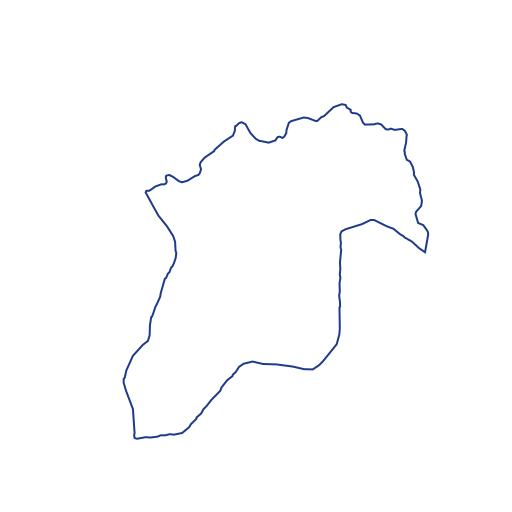 outline of La Unión, Zacapa, Guatemala, rotated 334°
{"feature_id": "79465075B65794247030645", "entity_name": "La Unión", "entity_type": "district", "adm_level": 2, "iso_a3": "GTM", "parent_name": "Guatemala", "parent_adm1": "Zacapa", "projection": "equal_earth", "projection_center": [-89.266, 14.957], "detail": "fine", "context": "isolated", "style": "outline", "palette": "blue", "viewbox_px": 512, "rotation_deg": 334, "n_neighbors": 0, "source": "geoboundaries", "source_scale": "gbopen_adm2", "svg_char_len": 2646}
<svg xmlns="http://www.w3.org/2000/svg" viewBox="0 0 512 512"><g transform="rotate(334 256 256)"><path d="M409.6,326.7L419.3,313.4L419.9,312.6L420.9,310.4L421.0,308.2L419.9,301.6L416.2,297.4L417.8,288.1L419.3,286.4L426.3,283.5L429.4,279.1L431.0,271.3L432.8,268.3L434.0,259.9L433.5,252.3L434.8,249.7L436.0,244.4L435.8,238.5L433.7,235.6L434.5,229.2L435.3,228.0L435.4,226.4L440.7,219.7L443.9,214.2L444.7,213.3L444.8,211.1L444.6,208.4L444.0,207.7L443.5,206.5L442.8,205.7L436.0,203.5L433.1,200.7L430.2,200.3L428.2,198.9L426.1,192.5L423.6,190.2L419.5,189.3L411.4,185.6L410.6,183.0L411.0,175.4L409.2,172.3L406.8,170.6L405.9,170.2L404.9,169.3L404.5,168.3L404.5,167.2L405.2,166.0L404.4,165.0L402.7,162.3L402.8,159.6L399.7,157.2L391.0,156.2L378.5,160.1L375.6,159.8L370.4,161.5L368.8,160.8L363.1,154.7L359.5,152.4L346.7,150.2L343.9,150.7L338.7,156.1L337.0,158.9L333.7,161.1L331.6,161.5L329.5,159.1L327.5,158.6L324.1,160.6L317.1,159.7L312.2,155.9L309.4,153.9L307.2,150.6L304.9,143.2L304.3,132.9L301.7,129.4L298.7,129.2L295.2,130.4L294.2,130.2L291.6,134.5L288.0,137.7L277.6,139.0L265.3,142.4L264.4,143.4L253.2,145.0L247.4,147.4L245.4,149.4L244.6,154.0L241.9,156.8L239.8,157.9L236.0,157.4L227.4,158.3L221.8,157.3L219.5,154.9L216.0,148.3L213.5,145.1L210.6,144.5L209.7,145.3L209.1,146.5L208.4,150.0L207.0,151.3L204.9,151.4L202.4,150.1L196.1,149.4L188.9,150.6L186.0,149.4L184.7,150.5L185.4,166.3L186.0,177.0L189.0,190.2L190.3,201.9L189.5,207.8L186.0,216.0L185.7,218.3L183.0,222.5L179.5,226.1L176.1,228.9L174.9,229.0L171.1,232.6L169.1,233.2L165.7,236.2L164.1,236.5L154.2,247.5L152.0,250.6L145.3,256.2L143.4,257.5L138.4,262.6L135.8,265.0L135.0,265.0L130.3,271.8L126.4,279.2L125.5,280.8L121.7,284.9L115.2,286.3L101.5,291.8L98.7,294.2L89.2,302.1L84.8,307.7L83.3,308.4L81.5,311.8L80.1,320.2L78.3,339.6L69.3,361.8L67.6,364.2L67.2,366.5L69.0,368.1L77.5,370.5L81.5,372.9L88.7,375.3L91.6,375.3L95.8,377.4L100.3,378.3L103.9,380.6L112.0,382.7L121.0,380.5L123.8,378.6L131.0,376.2L131.9,375.0L137.5,373.6L141.5,370.7L145.8,369.2L153.0,365.7L154.4,365.2L164.8,361.5L167.1,359.2L175.4,355.1L182.3,353.6L183.2,352.5L187.1,351.3L192.2,348.2L197.6,347.4L206.7,349.4L214.9,356.1L226.7,362.3L240.6,371.5L249.6,378.8L257.3,382.8L264.8,381.8L270.0,380.0L289.8,370.7L296.4,363.2L299.4,358.2L308.5,338.8L309.3,338.5L311.2,334.5L313.4,327.9L315.7,324.8L319.1,317.1L322.2,312.8L323.2,309.4L325.9,305.0L328.8,298.3L335.3,287.8L335.8,285.2L338.3,281.0L338.8,278.9L341.2,273.5L343.6,271.4L348.2,271.2L365.1,273.8L375.0,273.9L378.1,275.6L386.3,286.3L391.5,291.8L395.2,299.9L397.1,302.5L397.7,304.5L402.4,311.3L406.0,320.5L409.6,326.7Z" fill="none" stroke="#1e3a8a" stroke-width="2"/></g></svg>